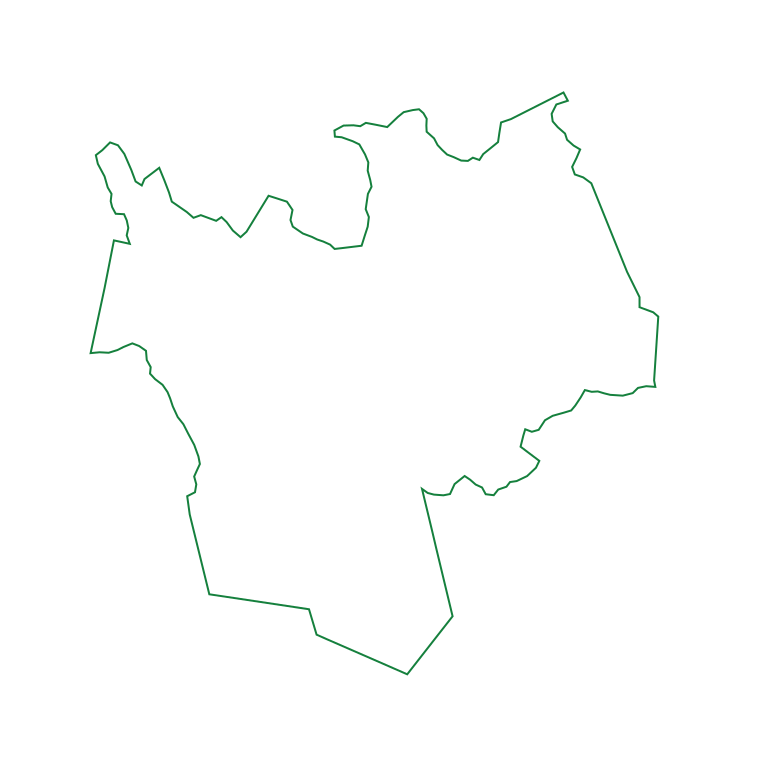 Farias Brito, Ceará, Brazil (Mercator projection), rotated 79°
{"feature_id": "56859067B39946839588909", "entity_name": "Farias Brito", "entity_type": "district", "adm_level": 2, "iso_a3": "BRA", "parent_name": "Brazil", "parent_adm1": "Ceará", "projection": "mercator", "projection_center": [-39.584, -6.906], "detail": "fine", "context": "isolated", "style": "outline", "palette": "green", "viewbox_px": 768, "rotation_deg": 79, "n_neighbors": 0, "source": "geoboundaries", "source_scale": "gbopen_adm2", "svg_char_len": 2502}
<svg xmlns="http://www.w3.org/2000/svg" viewBox="0 0 768 768"><g transform="rotate(79 384 384)"><path d="M94.6,606.8L100.7,615.9L104.4,623.2L113.3,622.9L126.9,618.7L138.4,617.7L145.4,615.2L152.4,617.4L158.5,617.1L165.7,614.9L167.7,606.8L174.4,605.3L182.0,605.2L189.0,608.2L197.9,606.8L191.5,621.7L236.3,639.9L297.7,666.1L298.6,657.1L300.8,648.3L299.8,639.1L298.0,632.8L296.1,623.3L300.0,617.1L306.0,611.3L315.2,612.3L322.9,609.8L329.2,611.7L335.5,607.8L342.6,601.5L350.7,598.0L357.2,596.7L365.7,595.6L377.1,592.8L385.2,588.6L395.3,585.7L407.6,581.9L419.7,580.0L427.4,580.0L432.5,583.7L438.6,588.0L446.7,587.4L454.2,590.2L456.6,598.6L475.0,599.6L557.1,595.6L590.8,500.6L617.2,498.0L623.9,488.4L664.9,428.9L673.4,416.6L644.8,383.7L625.1,361.0L554.9,364.1L539.5,364.7L494.2,366.7L499.3,361.9L502.1,356.1L504.6,346.9L504.6,340.2L495.7,333.8L489.7,322.4L494.4,317.7L500.2,313.2L504.3,307.5L511.6,305.2L514.1,297.5L509.4,292.0L508.2,283.4L504.3,279.0L504.6,272.3L501.7,261.1L495.2,250.8L489.1,246.2L478.2,256.0L471.6,261.9L461.1,257.0L455.4,254.0L459.1,248.0L458.5,240.9L450.3,232.9L447.4,224.5L446.5,213.4L445.7,205.3L441.7,200.4L434.7,193.5L428.3,188.0L431.3,181.6L432.1,175.5L435.1,169.8L437.8,164.0L441.0,151.8L440.4,141.6L436.3,135.4L436.2,127.0L438.6,118.2L432.1,118.2L370.2,101.9L365.0,106.0L357.4,118.5L347.5,116.6L320.3,124.0L226.5,142.2L219.2,149.0L214.7,156.7L206.8,157.9L198.9,151.9L191.2,146.7L186.1,152.4L179.2,157.7L172.7,158.5L165.1,164.4L158.4,168.3L150.8,167.9L142.5,161.5L141.0,149.5L132.1,152.2L148.2,208.9L149.6,219.2L159.7,222.9L168.3,225.9L173.0,234.7L177.2,242.7L182.3,247.6L178.8,253.6L181.0,259.1L179.4,265.6L174.6,272.3L170.8,278.3L165.4,282.2L159.7,285.8L152.4,288.0L144.5,294.0L138.4,293.1L131.8,291.5L125.7,293.6L121.0,297.2L120.6,303.4L120.9,312.8L124.4,319.3L132.4,331.8L127.9,342.7L124.2,352.0L126.4,358.1L124.2,364.7L122.6,374.4L125.7,384.3L131.8,385.0L133.7,378.5L139.7,368.4L144.1,362.5L155.0,358.8L163.5,357.1L171.5,359.3L181.0,358.6L188.0,358.6L194.3,363.5L208.9,368.6L217.2,367.0L226.5,370.0L234.4,374.4L244.0,379.6L242.6,399.1L242.0,406.7L236.9,410.3L232.6,416.4L229.4,422.0L225.9,426.6L220.8,434.9L212.1,443.5L205.2,444.5L195.7,440.6L186.5,444.5L181.4,453.7L177.2,461.4L208.3,489.9L212.5,496.8L204.5,503.1L195.0,507.6L189.2,511.7L191.8,517.6L183.3,531.6L184.5,539.3L177.5,544.8L164.5,557.5L155.0,558.5L141.9,560.8L128.9,563.4L137.1,580.0L142.9,583.9L137.8,589.2L125.7,591.2L108.6,595.0L98.9,599.6L94.6,606.8Z" fill="none" stroke="#15803d" stroke-width="2"/></g></svg>